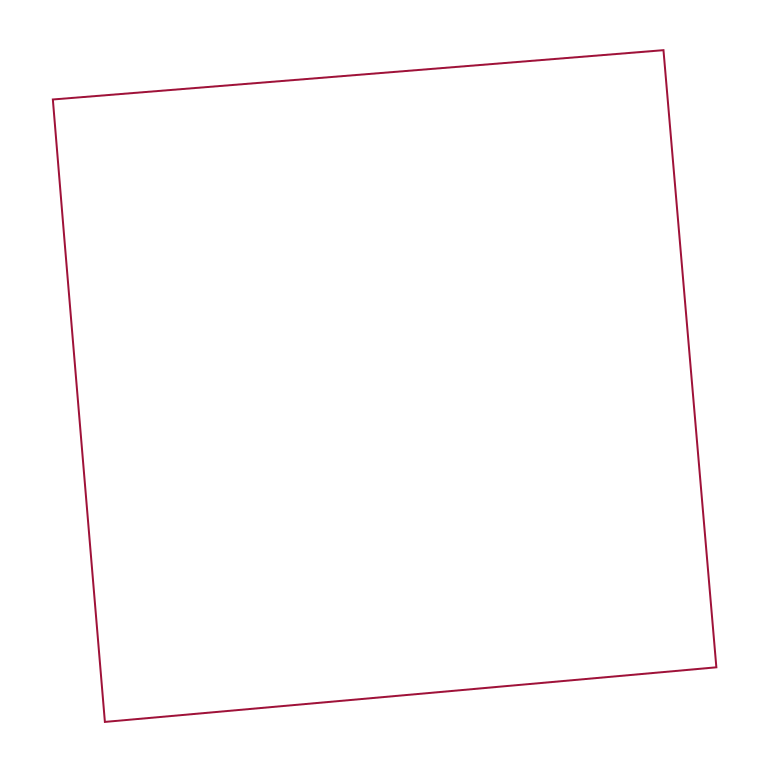 Collingsworth, Texas, United States of America (orthographic projection), rotated 85°
{"feature_id": "52423323B11356717138354", "entity_name": "Collingsworth", "entity_type": "district", "adm_level": 2, "iso_a3": "USA", "parent_name": "United States of America", "parent_adm1": "Texas", "projection": "orthographic", "projection_center": [-100.187, 34.965], "detail": "fine", "context": "isolated", "style": "outline", "palette": "rose", "viewbox_px": 768, "rotation_deg": 85, "n_neighbors": 0, "source": "geoboundaries", "source_scale": "gbopen_adm2", "svg_char_len": 257}
<svg xmlns="http://www.w3.org/2000/svg" viewBox="0 0 768 768"><g transform="rotate(85 384 384)"><path d="M696.3,691.5L696.3,691.4L695.6,291.9L695.2,77.6L75.8,76.5L71.7,689.1L216.0,689.8L696.3,691.5Z" fill="none" stroke="#9f1239" stroke-width="2"/></g></svg>